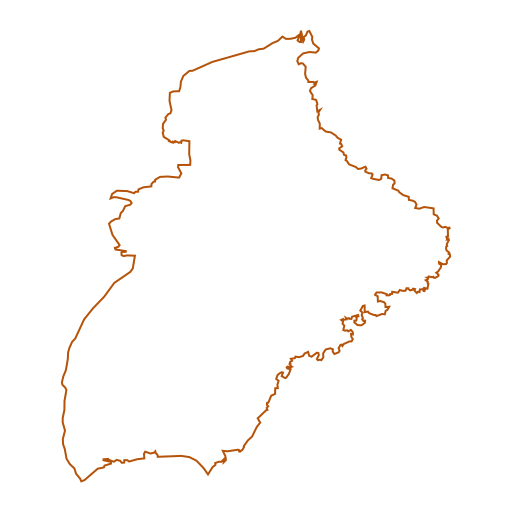 outline of Pabna, Rajshahi, Bangladesh, rotated 90°
{"feature_id": "16705992B46384724638491", "entity_name": "Pabna", "entity_type": "district", "adm_level": 2, "iso_a3": "BGD", "parent_name": "Bangladesh", "parent_adm1": "Rajshahi", "projection": "robinson", "projection_center": [89.41, 24.081], "detail": "fine", "context": "isolated", "style": "outline", "palette": "amber", "viewbox_px": 512, "rotation_deg": 90, "n_neighbors": 0, "source": "geoboundaries", "source_scale": "gbopen_adm2", "svg_char_len": 6029}
<svg xmlns="http://www.w3.org/2000/svg" viewBox="0 0 512 512"><g transform="rotate(90 256 256)"><path d="M249.5,396.5L251.1,386.2L251.8,386.3L251.9,389.7L252.7,390.6L255.1,390.4L256.1,388.5L255.4,384.7L255.7,377.1L268.4,379.2L271.9,381.7L282.9,397.7L296.8,407.9L308.2,418.9L319.4,427.9L338.4,436.7L341.9,439.9L347.9,442.6L352.5,443.9L359.1,444.2L370.1,446.1L376.4,448.7L382.5,450.1L384.9,449.5L387.5,446.8L390.1,445.6L400.9,447.5L410.0,447.6L418.0,449.3L422.4,449.3L430.6,447.0L439.1,449.2L444.3,448.9L449.1,447.2L458.6,445.5L464.1,442.2L468.4,437.6L473.8,435.9L478.6,431.9L481.3,430.7L480.1,427.5L468.7,414.3L467.4,408.1L465.6,407.5L463.6,401.0L461.8,401.2L460.2,408.5L459.3,408.5L458.9,403.9L459.8,403.4L461.7,398.1L459.9,395.4L460.8,391.9L462.8,390.2L462.6,387.9L460.1,387.6L460.2,384.7L461.5,382.9L459.2,374.6L458.4,367.7L453.8,368.0L451.7,366.8L453.5,361.5L452.7,357.9L451.3,356.7L453.1,356.2L454.9,354.5L456.8,354.3L455.9,330.6L457.1,322.6L460.7,315.5L468.1,308.4L474.4,304.0L466.9,299.3L465.0,296.6L463.0,296.8L461.7,292.9L461.8,290.7L459.4,288.3L462.4,288.4L460.1,286.1L456.2,286.6L450.8,289.2L451.3,284.5L449.7,274.0L450.1,272.8L451.4,272.9L451.7,272.1L449.7,269.5L446.9,267.9L446.1,268.2L440.5,264.2L436.5,259.9L426.9,255.2L422.6,251.8L418.3,254.3L410.3,245.9L409.9,244.6L407.9,245.3L406.2,243.8L404.9,245.1L402.8,244.9L402.7,243.7L395.7,240.8L393.9,236.9L388.3,236.8L388.1,234.2L384.6,234.6L380.9,233.4L378.9,235.8L375.0,234.4L372.8,231.6L372.2,230.1L372.6,229.0L376.1,230.3L378.1,226.8L377.6,225.7L373.8,223.1L369.3,221.4L368.4,224.8L367.4,225.3L366.6,224.4L367.3,221.5L366.7,220.1L365.7,221.6L364.0,221.5L363.9,222.4L362.0,221.9L360.8,219.9L358.8,221.1L358.2,217.2L356.6,216.5L357.2,213.1L356.0,209.0L353.5,207.4L351.9,203.9L355.8,202.8L356.7,200.4L352.7,195.2L353.0,193.6L355.1,193.2L359.0,195.1L360.2,194.1L359.7,192.0L360.2,190.7L357.4,188.7L353.2,188.8L349.5,186.3L348.3,181.8L349.3,179.1L351.6,179.3L354.0,177.6L352.3,173.3L350.8,172.4L348.2,173.4L344.9,171.5L344.6,170.3L346.0,169.6L343.9,168.1L341.4,162.4L341.4,160.4L339.1,159.2L337.0,160.6L334.0,161.0L334.4,159.1L332.2,159.2L329.9,161.1L331.3,163.7L330.3,164.9L330.7,166.9L330.0,168.7L325.7,167.7L323.7,169.4L321.4,169.0L319.9,170.8L319.0,168.9L319.8,168.4L319.4,165.6L317.9,166.1L318.7,165.0L318.1,163.1L318.8,162.7L318.9,160.6L316.7,159.9L315.0,153.9L316.3,153.6L316.6,156.1L318.3,155.3L319.9,155.5L320.7,155.9L320.7,157.6L322.4,157.7L325.1,154.4L325.3,150.5L323.0,147.3L321.0,146.8L320.5,147.2L320.9,148.6L319.3,149.8L318.2,149.1L315.0,150.3L312.6,149.5L310.6,151.7L305.9,149.1L305.5,147.4L312.1,147.3L311.6,144.1L313.1,142.9L315.1,137.9L315.0,136.3L316.1,135.6L314.0,130.0L314.3,127.2L310.8,126.3L309.7,124.5L306.8,122.8L307.1,126.5L303.6,126.7L302.2,128.0L301.0,131.7L301.5,134.1L296.3,134.3L294.8,137.0L292.5,135.5L292.4,130.4L294.2,125.2L295.3,125.4L295.4,123.7L295.0,122.1L294.2,122.1L293.9,119.9L291.8,119.8L292.7,114.1L290.0,112.2L290.9,109.1L290.7,106.5L288.2,105.4L288.3,103.7L289.0,103.7L290.4,101.7L289.9,100.0L288.6,98.8L289.1,97.0L290.4,97.7L293.0,95.2L291.8,94.2L292.1,92.5L289.4,92.1L289.3,89.1L291.0,88.4L291.1,87.6L289.6,87.0L288.4,88.4L287.9,88.0L288.7,84.6L283.8,83.6L283.4,84.3L281.8,84.2L280.2,86.2L279.5,84.3L278.4,83.9L277.7,84.9L277.6,83.9L276.5,83.4L277.2,79.7L276.8,78.6L277.9,77.8L277.9,76.9L275.9,73.5L274.7,73.5L272.7,75.7L271.6,74.0L267.5,71.2L265.0,70.8L263.7,72.9L262.1,73.0L264.2,69.1L264.1,65.9L263.0,65.1L260.4,65.3L256.7,61.9L254.8,62.1L254.0,63.2L253.6,62.5L252.5,62.9L250.5,65.4L249.0,65.9L246.7,65.8L245.9,64.8L244.3,65.3L240.0,63.1L239.5,63.4L239.6,64.7L238.5,63.9L238.3,65.2L236.7,65.6L236.2,64.0L229.6,64.2L228.1,62.4L227.6,62.7L228.2,64.2L226.8,66.6L227.5,68.9L227.0,70.5L222.8,74.9L220.6,75.0L218.5,73.3L215.7,75.0L214.3,78.3L208.4,78.4L207.0,87.8L208.7,92.7L208.0,96.8L204.6,95.5L201.9,96.9L200.7,99.2L199.9,103.1L196.8,103.3L195.1,108.8L192.1,112.9L190.7,113.6L188.3,119.5L184.7,118.9L183.4,117.4L180.5,117.6L178.5,120.6L178.0,123.8L175.4,124.0L174.5,127.2L175.2,130.4L178.9,130.8L180.0,133.0L178.7,139.4L178.1,140.8L174.4,139.4L173.5,140.2L173.2,143.2L171.7,146.6L170.6,146.8L168.6,145.5L166.7,146.6L168.5,150.7L169.0,153.9L167.0,156.2L164.3,163.0L161.1,165.0L160.0,166.5L157.7,165.6L155.5,165.9L154.8,168.0L152.4,168.6L149.7,172.7L148.3,172.8L146.3,169.8L144.1,170.7L143.6,172.0L139.7,170.9L137.9,174.3L135.6,176.2L132.4,181.1L131.5,186.4L128.1,190.3L128.6,192.3L123.7,192.2L119.9,194.0L117.3,194.4L114.6,193.1L112.5,193.6L109.8,191.9L111.3,194.7L105.4,195.4L104.3,194.6L100.6,195.6L99.8,196.1L99.0,199.7L95.2,199.3L90.9,202.1L88.1,200.9L85.5,196.6L84.6,196.4L84.2,197.2L83.8,196.1L81.8,195.3L82.6,197.8L81.9,198.8L82.0,203.6L80.5,203.7L77.7,206.0L73.9,206.9L66.8,206.3L63.5,209.1L63.2,211.1L64.3,213.2L61.2,214.7L57.9,213.9L53.4,208.9L52.0,202.4L52.6,196.0L50.5,193.7L48.4,193.0L43.6,198.7L39.7,200.0L36.8,199.7L31.0,202.7L31.6,204.5L35.4,206.1L37.2,208.4L39.7,207.8L41.4,208.7L30.7,211.0L34.2,211.7L42.0,210.8L42.0,212.4L40.4,214.4L34.4,212.3L37.7,216.5L38.8,221.4L38.9,226.0L36.6,229.6L40.9,234.1L43.0,239.3L48.7,248.4L49.3,253.4L51.1,257.5L51.4,262.8L61.9,299.6L70.8,319.6L70.9,322.6L76.0,328.7L81.7,331.1L87.2,331.6L91.2,332.9L91.4,338.7L92.8,342.1L100.7,342.5L110.2,340.5L113.3,341.6L114.1,343.7L117.7,346.6L119.7,346.0L123.7,348.9L128.1,349.3L130.8,348.3L132.6,349.3L136.8,348.3L140.4,342.6L141.1,343.0L142.4,340.2L142.6,339.0L141.7,339.0L142.2,337.2L141.1,336.8L142.8,333.1L142.3,332.0L142.8,330.8L140.8,330.6L140.3,328.9L141.2,322.6L154.3,322.8L160.3,321.6L164.9,321.8L165.0,333.8L167.3,333.9L173.4,330.7L177.6,332.9L176.5,344.4L176.9,352.0L179.7,356.8L181.5,356.9L181.7,358.4L184.0,360.5L186.4,360.7L187.3,368.5L188.6,371.8L189.5,373.6L191.7,373.9L191.8,376.6L193.2,377.8L191.1,384.8L190.7,395.1L194.0,399.9L198.4,401.4L197.2,398.3L197.2,395.9L199.9,383.8L200.9,381.7L203.0,380.4L204.7,381.7L206.2,386.8L210.9,389.1L213.0,391.2L218.5,392.7L219.1,396.7L221.5,400.9L223.7,403.0L234.9,399.5L245.1,392.4L246.9,393.9L247.9,397.1L249.5,396.5Z" fill="none" stroke="#b45309" stroke-width="2"/></g></svg>